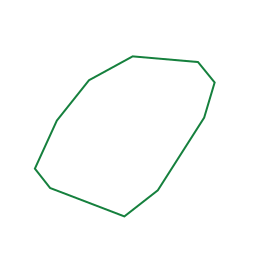 outline of Ndian, Cameroon, rotated 37°
{"feature_id": "32672807B79900399400197", "entity_name": "Ndian", "entity_type": "district", "adm_level": 2, "iso_a3": "CMR", "parent_name": "Cameroon", "parent_adm1": "", "projection": "equal_earth", "projection_center": [8.535, 4.676], "detail": "fine", "context": "isolated", "style": "outline", "palette": "green", "viewbox_px": 256, "rotation_deg": 37, "n_neighbors": 0, "source": "geoboundaries", "source_scale": "gbopen_adm2", "svg_char_len": 288}
<svg xmlns="http://www.w3.org/2000/svg" viewBox="0 0 256 256"><g transform="rotate(37 128 128)"><path d="M78.1,216.5L101.9,222.8L178.3,200.8L189.3,159.8L182.6,73.9L169.8,39.5L144.2,33.2L88.6,68.0L68.1,113.3L66.7,164.9L78.1,216.5Z" fill="none" stroke="#15803d" stroke-width="2"/></g></svg>